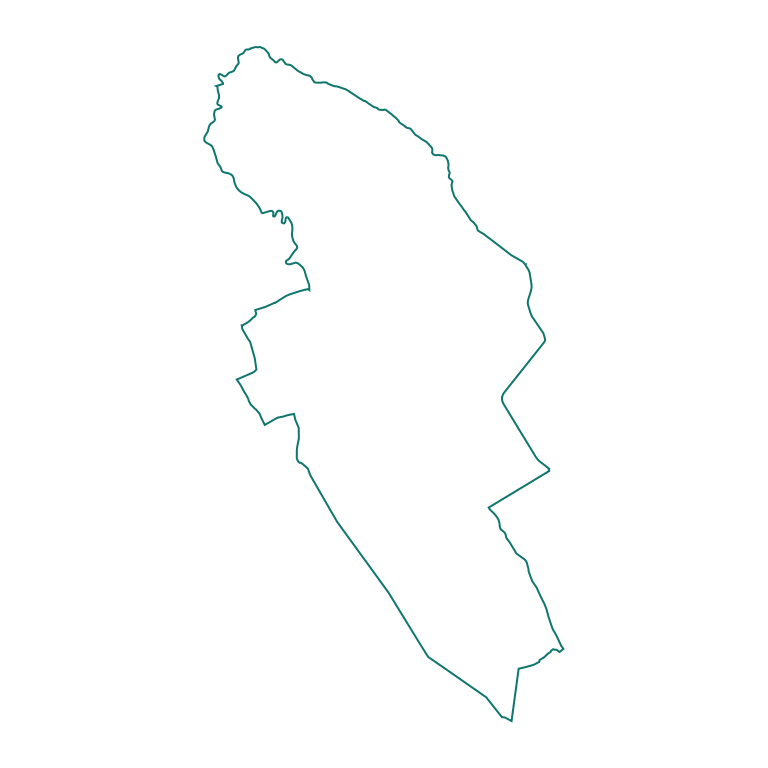 Weststellingwerf, Friesland, Netherlands, rotated 91°
{"feature_id": "6326949B61615489066760", "entity_name": "Weststellingwerf", "entity_type": "district", "adm_level": 2, "iso_a3": "NLD", "parent_name": "Netherlands", "parent_adm1": "Friesland", "projection": "albers", "projection_center": [6.005, 52.872], "detail": "fine", "context": "isolated", "style": "outline", "palette": "teal", "viewbox_px": 768, "rotation_deg": 91, "n_neighbors": 0, "source": "geoboundaries", "source_scale": "gbopen_adm2", "svg_char_len": 6026}
<svg xmlns="http://www.w3.org/2000/svg" viewBox="0 0 768 768"><g transform="rotate(91 384 384)"><path d="M236.5,281.2L236.2,281.7L232.6,286.5L229.3,292.2L228.9,292.7L228.2,293.2L225.1,294.0L224.0,294.7L220.9,297.3L218.7,300.1L210.3,305.6L208.5,307.2L204.4,310.1L203.2,311.2L195.1,317.0L193.6,317.6L191.6,318.1L189.7,319.0L184.6,319.9L183.7,320.0L180.7,319.1L180.0,319.0L178.3,320.6L177.3,322.0L176.3,322.7L174.3,322.7L172.0,322.0L170.9,322.2L169.3,323.1L167.7,323.5L166.4,323.6L163.8,323.3L162.2,323.5L159.4,324.2L155.9,326.0L155.5,326.5L154.5,328.9L154.4,330.7L154.1,334.2L154.4,336.1L153.9,338.1L153.4,338.8L152.8,339.4L151.7,340.0L151.3,339.7L150.7,339.9L148.8,339.7L147.2,340.2L146.0,341.1L141.5,345.5L140.5,347.0L138.7,350.4L135.7,354.5L135.0,355.8L134.0,357.3L129.0,361.3L128.3,362.0L127.8,363.4L127.5,365.4L126.7,366.8L125.4,368.3L123.2,371.8L122.1,373.2L120.4,374.2L117.7,376.8L115.9,379.2L114.1,381.2L113.2,382.6L109.9,386.9L109.6,388.1L110.0,389.6L109.9,393.1L109.5,394.3L108.5,395.2L107.8,396.6L107.3,398.9L104.0,404.1L101.3,407.8L101.4,408.7L101.1,409.4L100.1,410.9L99.4,412.4L90.3,426.8L89.8,428.0L89.3,429.8L87.4,435.6L87.1,438.6L86.9,439.7L86.3,441.1L85.8,442.6L85.3,443.6L84.9,444.9L83.9,446.2L83.7,446.6L83.4,448.5L83.4,450.0L83.7,451.0L83.8,452.1L83.9,456.9L83.6,458.6L83.2,459.2L82.2,459.7L81.0,460.7L78.7,461.8L77.1,463.7L76.9,464.4L76.5,466.9L75.4,470.1L74.6,471.7L74.3,471.8L73.1,474.4L72.6,475.3L71.4,476.9L67.8,481.4L67.1,482.4L66.5,483.9L66.2,486.9L65.9,487.6L64.8,488.7L61.8,490.8L61.2,491.7L61.1,492.6L61.4,493.8L64.1,496.6L64.4,497.3L64.3,498.1L64.2,498.4L62.3,500.1L60.7,502.3L59.6,503.6L58.1,504.4L56.1,504.9L54.7,505.9L52.2,508.2L50.9,509.6L50.7,510.1L49.3,513.7L49.2,514.2L49.5,515.2L49.4,518.6L50.8,523.2L51.2,523.3L52.0,525.7L51.9,526.8L52.0,527.6L52.8,528.6L55.6,530.4L56.1,531.2L57.3,533.8L58.7,535.4L59.9,535.7L62.0,535.5L64.7,534.9L65.8,535.0L66.8,535.6L69.3,537.5L72.4,538.9L73.4,539.6L74.0,540.5L74.7,541.9L75.2,543.7L75.5,544.4L78.4,547.1L79.2,548.4L79.3,548.9L79.1,549.4L77.6,551.9L77.0,553.3L76.9,553.8L77.1,554.1L77.8,554.8L79.2,554.9L81.4,554.2L82.4,553.5L83.9,551.7L84.3,551.3L86.1,550.2L86.8,550.2L89.0,556.8L89.3,556.1L89.9,555.7L93.0,555.4L97.5,554.2L99.2,553.9L101.0,554.0L105.0,555.4L106.3,555.6L107.0,555.4L107.5,555.1L109.2,551.5L109.5,551.2L110.0,551.2L110.7,551.7L111.5,553.5L112.6,556.7L113.2,557.5L114.0,558.1L117.4,558.7L122.3,557.7L123.4,557.9L124.2,558.4L125.0,559.3L126.7,561.8L128.1,562.8L130.2,563.6L134.4,564.5L140.0,567.7L141.8,568.0L143.1,568.0L144.3,567.5L145.4,566.5L148.2,561.4L148.8,560.6L149.9,559.8L152.6,558.5L157.1,557.0L159.2,556.2L165.8,554.3L166.8,553.7L169.6,551.5L173.8,549.8L174.5,549.1L175.0,548.1L175.7,545.4L176.0,543.3L176.8,541.3L177.6,540.0L178.2,539.4L178.9,538.8L180.7,537.9L184.4,537.2L186.5,536.5L189.6,535.1L191.8,533.6L192.7,532.7L194.9,530.0L196.6,526.7L197.6,524.0L198.3,522.6L199.5,520.9L200.6,519.7L205.0,515.3L207.5,513.3L211.0,511.0L213.8,509.9L214.8,509.3L215.2,508.7L215.2,508.0L213.2,501.6L212.9,500.5L212.9,499.7L213.0,499.1L213.5,498.2L214.5,497.6L218.0,497.8L218.4,497.4L218.4,496.7L218.2,496.2L217.7,495.7L214.8,494.6L213.2,493.7L212.7,492.8L212.6,492.3L212.6,491.4L212.9,490.4L213.4,489.6L214.1,489.2L217.1,488.5L219.2,488.4L222.7,489.1L223.9,489.1L224.7,488.6L225.1,487.5L225.1,486.7L224.0,485.7L223.2,485.5L220.4,485.2L219.3,484.8L219.0,484.2L219.0,483.7L219.2,482.9L219.6,482.5L224.3,479.5L226.6,478.7L228.2,478.4L232.1,478.3L236.0,478.7L238.2,478.4L240.6,477.7L242.5,477.1L244.3,476.1L247.1,473.7L247.8,473.4L249.0,473.2L250.5,473.8L252.7,475.8L254.3,477.0L260.1,480.7L260.7,481.3L262.5,483.8L263.4,484.2L264.2,484.2L265.1,483.8L265.3,483.6L265.8,482.2L266.0,481.0L265.8,479.5L264.4,475.2L264.2,474.2L264.4,473.3L264.8,472.3L265.8,470.9L267.5,468.8L268.9,467.3L270.8,466.1L272.5,465.3L277.1,464.0L286.5,460.5L291.4,460.3L290.4,461.7L291.2,464.2L291.0,464.8L291.2,465.1L293.3,471.9L296.2,480.3L296.7,481.3L296.9,481.6L297.6,483.4L298.3,484.4L301.3,489.1L304.9,494.4L304.7,494.8L304.9,495.2L308.8,503.5L312.3,514.0L316.1,513.0L317.7,513.7L318.7,514.3L319.2,514.8L320.0,516.3L320.4,516.7L322.7,518.8L324.3,520.7L327.7,526.3L327.9,527.3L328.8,527.0L330.6,526.9L331.9,526.4L341.7,520.5L343.3,519.2L345.1,518.3L360.4,513.7L371.8,511.8L374.0,514.0L375.0,515.6L382.1,531.3L387.7,527.3L394.5,523.5L398.7,520.8L401.4,519.4L403.2,518.9L406.7,517.0L411.1,512.5L411.7,511.6L416.1,507.7L419.5,506.4L427.0,502.5L420.5,491.6L419.4,489.5L419.2,488.9L419.3,488.6L418.3,484.2L417.2,481.0L416.6,478.6L415.5,473.5L421.2,472.1L429.4,468.5L439.8,468.2L448.6,469.7L451.5,470.0L459.9,469.9L462.4,468.8L463.1,468.3L464.2,467.1L464.2,465.7L465.4,463.9L470.0,458.6L475.9,456.4L477.6,455.5L522.7,428.4L592.4,375.9L642.3,344.1L656.1,335.1L666.8,319.0L695.5,276.3L715.0,260.3L715.4,257.0L718.8,250.6L666.3,244.4L664.7,237.9L662.6,230.8L661.9,228.9L659.9,225.4L659.3,224.0L657.3,223.6L654.3,219.0L650.5,215.1L648.9,212.7L647.8,212.3L646.3,210.3L646.4,209.5L646.7,208.6L646.7,206.6L648.9,203.9L645.8,200.0L642.8,202.1L641.1,203.0L631.6,207.7L626.8,210.7L625.3,211.4L614.7,215.2L605.8,217.8L600.6,220.0L595.3,222.9L585.0,227.8L578.3,232.5L568.9,236.1L566.2,236.4L560.2,238.1L559.1,238.6L557.4,239.8L557.0,240.3L551.6,248.1L550.4,249.3L549.1,249.9L540.2,255.5L536.3,258.6L535.2,259.2L532.6,259.7L531.1,260.4L530.3,261.0L527.5,264.4L526.7,265.1L525.4,265.6L521.4,266.1L519.6,266.5L517.8,267.2L515.9,268.2L512.8,270.6L511.1,272.2L508.2,275.4L506.7,276.6L505.7,277.2L468.9,218.6L468.2,217.6L467.9,217.5L467.9,217.3L467.4,217.3L467.0,217.7L466.1,217.8L465.8,218.0L465.6,217.7L458.3,227.5L456.3,229.4L454.5,230.8L432.1,245.0L431.2,245.6L401.4,264.4L399.4,265.3L397.5,265.7L395.7,265.8L394.5,265.6L391.6,264.5L379.2,255.1L378.9,254.8L339.6,224.7L337.6,223.7L336.0,223.8L330.3,225.6L313.8,237.3L311.2,238.5L302.7,241.3L300.4,241.7L297.9,241.5L288.0,238.6L284.3,238.1L281.0,238.4L270.1,240.4L267.4,241.5L262.9,244.4L262.6,244.4L262.7,244.5L261.0,245.8L259.7,247.1L259.1,247.8L253.1,258.8L236.5,281.2Z" fill="none" stroke="#0f766e" stroke-width="2"/></g></svg>